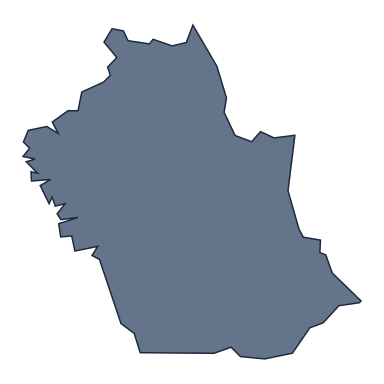 the district of Centar Zhupa, Centar župa, North Macedonia
{"feature_id": "65306769B61721229469178", "entity_name": "Centar Zhupa", "entity_type": "district", "adm_level": 2, "iso_a3": "MKD", "parent_name": "North Macedonia", "parent_adm1": "Centar župa", "projection": "equal_earth", "projection_center": [20.582, 41.471], "detail": "fine", "context": "isolated", "style": "filled", "palette": "slate", "viewbox_px": 384, "rotation_deg": 0, "n_neighbors": 0, "source": "geoboundaries", "source_scale": "gbopen_adm2", "svg_char_len": 960}
<svg xmlns="http://www.w3.org/2000/svg" viewBox="0 0 384 384"><path d="M107.6,67.1L110.3,75.3L103.7,82.0L81.8,92.0L78.0,110.7L68.0,110.7L52.3,122.0L58.2,133.5L46.8,126.5L28.3,130.3L23.4,142.0L29.6,148.2L23.0,156.5L35.2,159.1L26.2,161.7L37.5,173.2L31.0,171.7L31.5,181.0L50.7,179.5L40.2,185.5L49.1,203.7L52.1,197.1L55.3,206.2L65.0,203.7L57.1,213.9L60.9,219.6L78.0,217.5L58.7,223.7L60.7,236.9L71.7,236.0L74.9,251.0L97.7,246.4L92.0,255.5L99.5,259.5L121.0,323.6L134.2,333.4L140.2,352.7L214.0,353.3L231.1,347.2L240.5,356.6L264.7,358.9L292.4,353.2L309.8,327.8L323.2,322.8L338.9,305.7L359.4,302.7L361.0,300.9L332.2,273.0L325.8,254.9L319.9,252.5L320.5,240.1L303.3,237.2L299.0,229.1L288.0,190.8L294.9,135.3L274.0,137.9L260.5,131.6L251.7,141.7L235.1,135.5L224.1,112.3L226.5,98.0L216.9,66.3L192.9,25.1L186.3,42.5L172.1,45.9L153.1,39.3L149.4,43.9L128.0,40.7L123.4,30.9L112.1,28.7L104.0,42.1L116.8,57.6L107.6,67.1Z" fill="#64748b" stroke="#1e293b" stroke-width="1.5"/></svg>